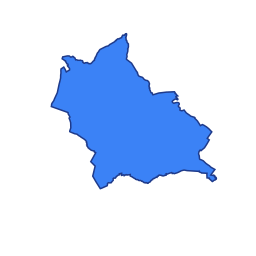 outline of Tepetitlán, Hidalgo, Mexico, rotated 319°
{"feature_id": "50627088B38854770876072", "entity_name": "Tepetitlán", "entity_type": "district", "adm_level": 2, "iso_a3": "MEX", "parent_name": "Mexico", "parent_adm1": "Hidalgo", "projection": "natural_earth1", "projection_center": [-99.392, 20.189], "detail": "fine", "context": "isolated", "style": "filled", "palette": "blue", "viewbox_px": 256, "rotation_deg": 319, "n_neighbors": 0, "source": "geoboundaries", "source_scale": "gbopen_adm2", "svg_char_len": 5758}
<svg xmlns="http://www.w3.org/2000/svg" viewBox="0 0 256 256"><g transform="rotate(319 128 128)"><path d="M188.7,55.8L188.0,55.3L187.5,55.3L187.0,55.4L186.5,55.7L186.3,55.7L185.8,55.1L185.3,55.0L184.9,54.5L184.6,54.6L184.1,54.8L183.8,54.8L183.4,55.1L182.7,55.3L182.5,55.6L181.3,55.1L180.3,55.0L180.1,54.7L179.5,54.7L178.9,54.1L178.5,53.9L177.5,54.0L177.1,53.8L176.4,54.2L176.0,53.9L175.4,53.9L174.9,54.1L174.4,54.1L169.8,53.2L169.2,53.0L167.1,53.1L164.8,52.0L158.5,50.4L157.7,50.5L156.8,50.7L156.0,51.1L154.3,51.3L153.5,51.6L150.5,53.1L149.5,53.2L149.0,53.8L148.1,54.0L147.6,54.2L147.1,54.9L145.6,54.7L142.9,55.1L142.3,55.0L142.0,54.7L141.5,54.7L140.8,53.8L140.8,53.3L140.7,53.2L140.4,53.2L140.1,51.7L139.5,51.6L138.6,50.7L137.8,50.7L137.5,50.5L137.3,50.2L137.0,48.7L137.5,48.3L137.7,47.9L137.7,47.3L137.5,46.9L137.1,46.6L136.5,45.5L136.2,45.5L135.2,44.5L134.5,44.0L134.3,43.3L134.0,42.8L133.2,42.2L133.9,40.3L133.5,39.4L133.5,38.9L133.7,38.7L133.4,37.7L132.9,37.5L132.7,37.6L132.4,37.6L131.2,36.8L131.0,35.3L130.9,35.1L129.5,33.8L125.4,31.5L124.0,32.3L123.7,32.6L123.7,32.8L124.0,33.4L124.3,34.4L124.3,35.6L124.6,35.7L124.8,36.0L124.9,36.3L124.9,36.6L124.4,37.3L124.3,37.9L124.4,38.2L124.1,38.8L124.0,39.3L124.0,39.7L124.5,40.2L124.4,40.6L124.1,41.3L123.8,41.4L123.7,41.2L123.1,41.3L123.0,42.5L123.1,43.4L122.9,44.7L122.7,45.1L121.9,45.9L120.7,45.6L118.2,45.2L119.1,42.2L119.5,39.9L116.2,39.5L115.2,40.4L113.4,42.6L112.0,43.8L109.9,46.1L107.6,47.8L104.8,49.7L97.8,55.0L91.1,58.0L90.2,58.6L86.7,59.5L85.4,60.4L84.9,61.0L84.2,61.5L92.9,77.0L92.6,77.3L92.1,78.1L91.7,80.3L91.4,81.6L91.2,81.8L90.2,81.8L89.9,82.1L89.3,84.0L88.2,86.4L84.9,90.4L82.8,91.6L82.0,92.1L81.7,92.5L81.7,92.8L83.9,97.2L85.5,99.3L85.7,101.1L86.4,103.0L86.5,103.9L87.5,107.2L87.9,109.5L87.6,111.5L87.1,111.6L87.0,112.1L86.4,113.5L86.2,113.7L85.7,113.7L85.7,114.2L85.6,114.4L85.2,114.8L85.3,115.4L84.9,117.1L85.2,117.5L85.1,118.4L85.4,119.1L85.5,120.1L85.8,120.9L86.9,122.6L87.4,123.1L86.9,123.9L86.9,124.2L87.2,124.6L87.5,125.3L87.3,125.5L77.8,129.0L78.2,135.2L69.8,141.2L68.6,147.2L67.3,155.6L68.8,156.2L74.4,157.9L75.5,157.2L76.0,156.5L76.4,156.4L77.4,156.5L77.9,157.2L78.8,157.7L79.0,158.1L79.7,158.3L80.2,158.0L82.4,157.8L82.7,157.6L83.4,156.6L83.8,156.4L84.5,156.5L85.2,157.3L85.7,157.5L87.2,157.1L87.4,156.9L88.0,157.1L89.5,157.1L91.2,157.9L91.5,156.9L93.5,158.0L92.2,159.6L94.1,160.6L93.8,161.5L96.0,161.9L96.2,162.6L96.4,162.6L96.7,162.8L96.7,163.1L98.0,163.9L99.2,164.6L98.2,165.6L98.7,167.0L99.2,167.8L99.2,168.4L99.5,169.2L99.6,169.8L99.8,170.2L99.9,170.6L100.2,170.9L100.1,171.7L100.7,172.7L101.5,173.3L101.6,173.6L101.5,173.9L101.9,175.0L102.8,175.5L103.3,176.4L103.3,176.9L103.4,177.2L103.6,177.3L103.8,177.4L103.8,177.9L104.1,178.3L104.2,179.2L104.3,179.8L104.7,180.3L105.1,180.3L105.4,181.2L106.3,181.5L106.3,182.2L106.5,182.6L107.0,182.9L107.4,182.7L108.0,182.8L109.4,183.2L110.2,182.9L110.4,183.0L110.9,182.7L111.8,182.9L112.5,182.9L112.8,183.1L113.3,182.8L114.2,182.9L114.5,183.0L114.7,183.3L117.0,183.6L117.5,184.3L118.5,183.7L118.9,184.0L119.3,184.2L120.0,183.9L120.4,183.9L120.8,184.1L121.1,184.6L121.9,185.3L122.2,186.1L122.5,186.2L122.8,187.0L123.8,187.7L124.7,187.8L125.3,188.4L126.0,188.6L126.5,188.1L126.6,187.6L127.0,187.7L127.0,188.4L129.5,189.3L131.7,190.3L131.5,191.4L131.7,191.5L132.0,191.4L132.2,191.5L132.6,192.0L132.8,192.7L132.9,192.8L135.8,194.1L138.2,194.8L140.1,195.2L142.7,196.5L144.6,198.9L152.5,206.7L152.9,207.4L153.3,207.3L153.1,208.1L153.9,209.7L154.0,209.8L154.1,210.4L154.3,210.5L157.9,214.0L157.4,214.4L154.9,217.5L156.4,219.1L156.0,219.5L156.1,219.9L156.5,223.7L157.2,223.9L158.6,223.9L159.7,224.4L160.3,224.4L161.0,224.5L161.6,224.1L161.8,223.6L161.4,223.2L161.7,223.1L161.4,222.7L161.8,222.4L161.5,222.1L161.4,221.6L162.0,221.3L161.6,220.4L161.9,220.2L161.6,219.7L161.3,219.9L159.6,217.8L166.4,216.3L165.3,213.3L164.8,211.7L164.7,210.9L164.7,210.0L164.3,208.7L163.6,205.9L163.3,202.2L162.6,200.5L162.1,199.5L161.7,199.0L161.7,198.3L163.6,195.6L164.1,194.2L164.5,193.6L166.1,192.4L167.7,192.0L168.0,192.0L168.1,192.3L168.2,193.0L172.8,193.1L176.9,191.9L181.5,190.3L181.0,187.8L188.7,185.9L188.5,181.5L188.0,178.7L187.1,175.8L186.4,174.2L184.2,173.7L185.0,168.3L184.8,164.5L185.2,164.2L185.0,163.9L185.2,163.6L185.1,163.4L183.1,160.2L182.9,158.8L181.9,154.9L182.1,151.2L180.0,150.4L178.9,148.8L179.1,148.4L179.9,147.7L180.4,147.1L180.5,146.4L180.1,145.3L180.1,145.0L180.3,144.6L180.7,144.2L182.1,143.8L182.5,143.5L182.7,143.0L182.8,142.6L182.6,141.9L182.1,141.2L181.3,140.6L179.4,139.6L178.9,139.5L178.7,139.2L178.5,138.4L178.5,137.5L178.6,137.2L178.9,136.9L179.8,136.8L182.1,137.0L182.8,137.3L183.1,137.5L183.7,139.0L183.9,139.2L184.3,139.2L184.5,139.1L184.7,138.5L184.8,138.0L184.5,136.9L184.5,136.0L184.6,135.8L184.9,135.6L185.2,135.6L186.6,136.4L186.6,135.8L186.3,135.3L186.6,134.2L186.5,133.7L186.5,133.3L186.2,133.1L186.3,132.6L186.8,132.1L186.8,131.1L180.5,126.1L174.2,121.8L168.6,119.3L168.8,118.3L169.2,117.7L169.2,117.2L168.8,116.8L168.6,116.6L168.6,116.1L169.3,114.4L169.4,113.4L170.2,112.8L170.1,112.1L170.2,111.8L170.3,111.7L170.8,111.7L171.2,110.3L171.7,110.0L171.9,109.5L172.6,109.3L172.9,108.8L173.3,108.6L174.0,106.4L173.7,104.8L172.6,103.5L172.1,101.7L172.2,99.9L172.1,99.2L170.6,96.7L170.3,95.9L170.3,94.9L170.9,93.6L170.9,93.1L171.0,92.9L171.3,92.6L171.6,92.2L171.6,90.8L173.2,81.4L171.9,75.2L172.7,74.3L174.0,73.6L174.5,73.0L175.1,71.9L178.0,70.1L179.5,68.6L179.5,68.2L179.8,67.9L180.5,67.8L180.9,67.5L181.8,66.8L182.9,65.4L183.4,64.9L183.5,64.2L183.4,63.0L184.3,61.4L184.2,61.0L184.4,60.8L184.3,60.3L184.4,60.1L184.8,59.8L185.1,59.3L185.7,58.6L185.6,58.3L185.8,58.1L186.6,57.8L186.8,57.5L187.2,57.4L187.8,56.8L188.1,56.8L188.2,56.3L188.7,55.9L188.7,55.8Z" fill="#3b82f6" stroke="#1e3a8a" stroke-width="1.5"/></g></svg>